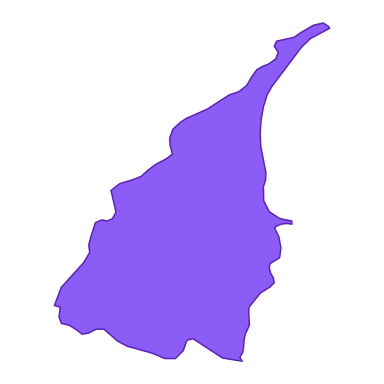 the border of Yilan
{"feature_id": "TWN-1163", "entity_name": "Yilan", "entity_type": "County", "adm_level": 1, "iso_a3": "TWN", "parent_name": "Taiwan", "parent_adm1": "", "projection": "natural_earth1", "projection_center": [121.682, 24.662], "detail": "fine", "context": "isolated", "style": "filled", "palette": "violet", "viewbox_px": 384, "rotation_deg": 0, "n_neighbors": 0, "source": "natural_earth", "source_scale": "10m", "svg_char_len": 1390}
<svg xmlns="http://www.w3.org/2000/svg" viewBox="0 0 384 384"><path d="M329.6,28.3L310.5,38.5L301.7,46.9L271.9,86.4L267.2,94.7L263.5,106.4L261.1,119.8L260.2,133.1L260.7,146.0L265.9,172.9L265.6,179.8L263.4,186.6L263.7,200.7L269.1,211.5L279.5,218.5L291.8,221.0L291.8,224.1L286.6,223.5L281.6,224.1L277.5,225.6L274.5,227.9L278.8,236.6L280.9,247.9L279.6,257.7L270.0,263.6L269.3,267.9L270.6,273.1L273.3,277.8L274.2,282.7L270.2,286.8L260.3,293.1L249.0,307.2L248.7,312.7L249.4,324.8L247.5,329.5L245.5,333.4L244.2,339.0L243.3,350.1L242.5,353.0L240.8,355.3L240.0,357.7L241.7,360.6L242.0,361.0L240.3,360.9L222.5,358.0L193.0,338.7L186.9,340.3L183.2,350.7L175.3,358.6L164.9,358.5L151.7,353.0L127.6,346.4L117.2,340.9L113.3,337.3L103.9,329.2L96.1,329.2L88.5,333.1L82.2,334.2L76.3,329.7L69.3,325.3L61.4,323.4L59.1,317.0L60.2,307.2L54.4,305.5L61.3,287.3L83.7,262.6L89.7,252.5L88.8,244.9L90.9,236.6L94.6,225.3L95.5,222.7L101.8,219.9L106.9,221.0L112.4,218.8L116.0,212.1L111.0,190.5L119.6,183.7L124.5,182.2L133.7,179.4L141.5,176.2L147.6,170.5L155.5,164.5L166.1,158.9L172.3,154.1L171.6,150.6L170.0,145.0L169.8,137.8L172.9,129.2L180.4,122.3L186.5,118.3L207.3,109.1L228.8,95.1L238.7,91.8L246.7,85.5L251.7,76.8L256.9,69.6L262.8,66.3L268.4,64.1L275.7,59.0L278.3,52.4L274.3,46.3L276.6,41.2L294.3,37.2L300.2,33.0L313.6,25.2L323.1,23.0L328.4,26.3L329.6,28.3Z" fill="#8b5cf6" stroke="#5b21b6" stroke-width="1.5"/></svg>